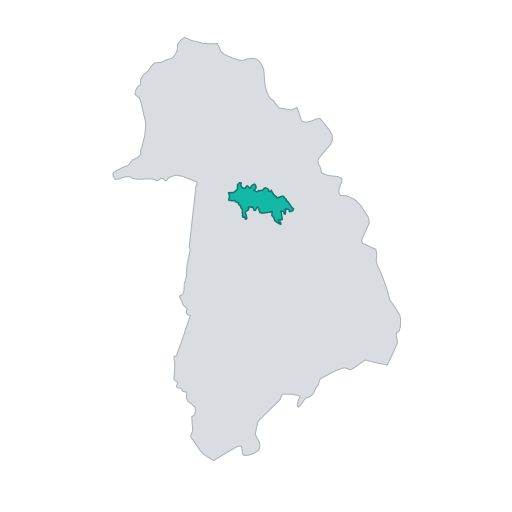 location of Sanguie, Sanguié, Burkina Faso, rotated 97°
{"feature_id": "67063806B51289395143870", "entity_name": "Sanguie", "entity_type": "district", "adm_level": 2, "iso_a3": "BFA", "parent_name": "Burkina Faso", "parent_adm1": "Sanguié", "projection": "albers", "projection_center": [-2.631, 12.224], "detail": "fine", "context": "in_parent", "style": "filled", "palette": "teal", "viewbox_px": 512, "rotation_deg": 97, "n_neighbors": 0, "source": "geoboundaries", "source_scale": "gbopen_adm2", "svg_char_len": 8547}
<svg xmlns="http://www.w3.org/2000/svg" viewBox="0 0 512 512"><g transform="rotate(97 256 256)"><path d="M386.7,322.6L373.2,323.3L368.2,324.8L365.3,324.9L365.1,323.6L364.8,322.9L347.6,318.9L335.6,316.6L323.4,313.9L322.7,316.5L321.0,318.2L318.4,318.3L316.5,317.9L315.3,319.9L313.3,322.5L310.5,323.9L307.8,325.5L306.2,326.9L305.1,327.0L302.3,323.6L298.6,323.3L291.6,323.9L288.5,323.0L284.3,322.6L274.3,323.4L258.2,322.1L255.6,322.8L254.9,323.4L239.0,323.6L221.6,323.8L206.9,324.0L194.2,324.1L194.1,323.6L190.0,323.5L189.6,324.6L185.9,338.0L185.5,345.3L187.5,349.8L189.6,352.7L192.1,353.9L192.3,355.5L190.4,357.6L190.5,359.8L192.8,362.0L193.4,364.3L192.2,366.7L192.5,372.6L194.2,381.9L194.2,388.0L192.6,390.7L193.4,395.4L196.5,402.1L197.1,404.9L196.0,406.2L193.3,407.9L190.7,407.9L187.6,403.9L186.2,402.0L183.7,398.0L181.6,393.8L178.7,392.0L175.9,390.4L172.5,385.2L169.2,382.7L165.6,383.4L160.5,382.4L150.2,381.1L139.1,381.4L134.5,382.6L130.0,384.4L118.4,388.6L113.8,390.6L110.4,395.8L106.4,395.7L102.5,394.0L100.1,391.6L94.8,392.1L89.8,389.7L84.9,385.1L81.3,383.6L76.7,380.3L75.5,374.0L72.6,369.6L70.0,363.5L66.0,360.7L61.4,359.3L55.1,359.5L50.9,357.0L47.7,353.4L48.6,350.3L50.1,346.0L50.3,341.7L51.4,334.9L50.9,326.3L49.8,320.3L53.3,317.9L57.4,315.7L59.9,311.7L62.6,302.6L63.8,294.7L63.0,291.8L61.7,289.4L60.7,286.0L60.1,281.9L60.9,278.3L63.9,274.9L67.8,272.2L70.5,270.9L77.7,269.5L86.7,267.5L91.9,265.2L95.7,262.9L97.8,261.0L100.0,257.2L103.5,254.2L106.2,251.3L106.6,242.9L106.7,238.2L104.7,235.5L103.6,233.3L116.9,226.8L117.1,222.2L115.2,217.1L112.7,212.9L111.7,209.3L115.4,205.2L118.7,202.0L121.1,199.3L126.3,195.3L131.7,194.2L136.6,195.8L151.1,205.5L153.6,206.1L156.7,205.4L160.5,202.9L165.5,200.9L167.3,194.4L167.2,185.0L168.3,180.6L170.9,179.8L179.2,181.7L181.4,181.8L183.8,181.2L185.6,179.5L185.5,176.5L185.1,173.7L187.9,165.0L192.8,158.4L202.8,150.1L205.9,148.4L209.6,147.6L227.5,153.2L230.4,151.8L234.8,137.8L239.6,136.4L245.4,136.2L249.2,134.9L251.2,133.9L259.7,128.6L274.7,121.2L282.7,118.1L284.3,116.9L290.0,111.7L297.7,105.8L302.5,104.5L309.3,104.1L313.5,105.0L314.7,106.7L316.1,107.5L324.9,104.9L337.5,108.8L348.5,112.6L347.8,115.1L347.8,119.5L347.0,126.5L345.9,134.9L350.5,140.2L356.0,146.0L357.5,148.2L356.1,154.0L357.1,157.3L360.1,162.9L365.0,170.0L370.1,177.2L373.6,178.1L376.9,178.7L378.9,180.0L381.8,181.2L384.8,182.0L387.3,183.6L389.0,185.1L391.1,189.6L396.8,192.5L400.8,195.4L399.2,196.9L394.3,196.4L389.7,195.1L389.1,197.3L389.0,205.6L389.8,212.5L390.9,213.4L395.6,214.6L406.8,223.4L417.0,231.7L420.4,233.9L426.0,234.6L432.2,234.9L434.9,234.0L440.8,229.7L444.0,229.1L447.0,229.2L448.6,229.9L451.6,233.3L454.4,238.5L455.2,242.4L455.0,244.5L454.1,245.3L449.1,246.4L447.0,247.2L446.5,248.3L447.3,250.9L448.3,252.6L453.9,260.1L461.9,270.2L464.3,272.8L463.0,275.9L459.2,283.9L456.3,287.3L443.3,298.9L436.8,297.6L423.3,300.2L421.2,297.6L418.0,297.3L414.1,297.8L412.7,298.8L412.3,299.9L410.9,301.5L408.5,306.0L406.5,307.2L404.1,307.9L401.2,307.9L399.5,308.5L399.5,310.7L399.0,312.7L397.0,313.7L396.2,315.8L396.4,318.0L395.2,319.0L392.7,318.5L391.1,317.9L389.7,320.7L388.0,322.6L386.7,322.6Z" fill="#d9dde1" stroke="#a8b0b8" stroke-width="1"/><path d="M196.7,290.9L197.4,290.7L198.2,290.2L199.7,289.6L200.0,289.5L201.5,289.7L201.9,289.7L203.5,289.9L203.8,289.8L203.9,289.6L204.0,288.8L204.0,287.9L204.0,287.4L204.1,286.7L204.0,286.2L203.8,285.7L203.9,285.1L203.8,284.9L203.4,284.1L203.3,283.8L203.4,283.7L203.7,283.5L204.4,283.2L204.6,283.1L204.8,282.6L204.8,282.2L204.9,281.0L205.1,280.0L205.3,279.7L205.5,279.8L205.9,279.9L206.1,280.0L206.4,279.9L206.7,279.6L207.0,279.3L207.2,279.0L207.5,278.5L208.2,277.6L208.5,277.3L209.7,276.9L210.3,276.5L210.7,276.2L210.8,276.0L211.0,275.5L211.4,275.1L211.6,275.0L212.2,274.9L213.7,275.0L214.0,275.0L214.3,274.9L216.7,274.3L217.3,274.4L217.5,274.3L217.9,274.3L218.2,274.0L218.9,273.9L219.1,273.8L219.0,273.4L219.0,273.2L218.9,272.9L218.7,272.3L218.7,272.1L218.8,272.0L219.0,271.8L219.9,271.4L220.4,271.3L220.5,271.2L220.8,271.0L220.8,270.9L220.8,270.7L220.2,269.9L219.9,269.7L219.2,269.9L218.1,270.2L216.6,270.8L214.2,271.9L213.9,271.9L213.7,271.9L213.3,271.7L212.5,270.9L211.7,269.9L211.6,269.7L211.4,269.4L211.2,269.4L210.9,269.6L210.7,269.5L210.5,269.3L210.0,268.9L209.9,268.9L209.7,269.0L209.0,269.3L208.8,269.5L208.5,269.4L208.4,269.2L208.1,268.8L207.7,268.5L207.8,268.1L208.0,267.7L208.3,266.9L208.3,266.5L208.2,266.3L208.1,266.0L207.8,265.5L207.7,265.2L207.8,265.1L208.6,264.7L209.1,264.4L210.6,263.6L210.8,263.4L210.9,263.1L210.8,262.4L210.8,262.2L210.7,262.1L208.1,261.3L207.5,261.0L207.4,260.9L207.4,260.1L207.5,259.9L208.0,259.6L210.5,258.4L210.9,258.1L212.4,257.4L212.5,257.1L212.5,256.3L212.7,255.4L212.6,254.6L212.0,252.2L211.6,250.9L211.3,249.6L210.9,248.0L210.7,247.4L210.6,247.1L210.5,246.7L210.3,246.6L209.9,246.2L210.0,245.3L211.9,245.3L212.3,245.3L212.5,245.3L213.0,245.3L213.4,245.3L213.6,245.3L213.9,245.1L214.6,244.2L215.9,243.0L216.5,242.6L217.1,242.3L218.1,242.0L218.5,241.8L218.6,241.6L220.1,239.1L220.7,237.8L220.8,237.4L220.9,237.2L221.1,237.1L221.2,236.9L221.1,236.7L221.1,236.4L221.4,236.0L221.4,235.8L221.5,235.4L221.4,235.2L221.2,235.2L220.4,235.4L219.4,235.9L219.3,236.0L219.3,236.3L219.4,236.8L219.5,237.3L219.3,237.6L218.8,237.7L218.0,238.0L217.8,238.0L217.6,237.7L217.4,237.3L217.3,237.2L217.2,236.6L217.2,236.3L217.3,236.1L217.1,235.8L217.0,235.5L216.8,234.8L216.5,234.4L212.2,235.6L208.4,236.6L208.4,236.4L208.4,235.7L208.3,235.0L208.4,233.7L208.7,233.7L209.0,233.7L210.0,233.6L210.3,233.4L210.7,233.1L210.8,232.8L210.9,232.2L209.5,232.0L208.9,232.1L207.9,232.2L207.4,232.2L207.1,232.2L206.9,232.3L206.6,232.3L206.4,232.4L206.2,232.4L206.1,232.6L205.6,231.7L205.6,231.1L205.7,230.1L205.8,229.3L205.8,229.2L206.0,229.0L207.5,228.3L207.9,228.1L207.3,226.5L207.0,226.1L206.9,225.5L206.4,225.0L206.0,224.8L205.5,224.8L205.2,224.6L204.9,224.5L204.7,224.5L204.5,224.9L204.1,225.2L204.0,225.5L203.9,225.9L203.7,226.1L200.0,229.3L199.8,229.6L199.6,229.7L199.2,230.1L199.0,230.4L198.6,230.7L198.1,231.0L197.9,231.3L197.8,231.5L197.7,231.9L197.7,232.3L197.6,232.5L197.4,232.5L197.1,232.5L196.7,232.7L196.7,232.8L196.1,232.9L196.1,233.0L195.8,233.3L195.8,233.6L195.6,233.9L195.3,234.2L195.1,234.4L194.9,234.5L194.5,234.9L194.2,235.2L194.0,235.4L193.7,235.9L193.3,236.7L193.3,236.8L193.6,237.6L194.2,238.9L194.7,239.9L195.4,241.2L195.7,242.0L195.8,242.3L195.0,242.9L194.4,243.4L194.2,243.7L194.1,243.9L194.1,244.1L194.2,244.5L194.1,244.8L193.5,245.2L193.2,245.7L192.9,246.0L192.8,245.9L192.5,246.2L190.7,247.7L189.1,248.9L189.4,249.0L189.7,249.0L190.0,249.2L190.1,249.3L190.4,250.1L190.4,250.4L190.5,250.6L190.4,250.9L190.4,251.0L190.3,251.4L190.2,251.5L189.9,251.6L189.5,251.4L189.4,251.3L189.0,251.4L188.9,251.7L188.3,252.2L188.0,252.5L187.9,252.6L187.8,252.9L187.5,253.5L187.5,253.9L187.2,255.0L187.3,255.4L187.5,255.7L187.7,256.0L188.0,256.2L188.3,256.2L188.5,256.5L188.8,256.6L189.1,256.8L189.5,257.2L189.6,257.3L190.0,257.7L190.1,258.1L190.3,258.4L190.3,258.7L190.4,258.8L190.4,259.0L190.4,259.3L190.5,259.5L190.7,260.1L190.8,260.2L190.8,260.3L190.7,261.0L190.8,261.4L190.8,261.5L191.2,261.6L191.6,261.9L192.1,262.8L192.1,263.2L192.0,263.6L191.8,264.1L191.7,264.3L191.5,264.7L191.4,265.9L191.2,266.2L190.8,266.3L190.3,265.8L190.3,265.7L190.2,265.6L190.0,265.4L189.9,265.2L189.4,264.7L189.1,264.5L188.3,264.3L188.0,264.2L187.9,264.2L187.6,264.3L187.3,264.5L186.5,264.7L186.3,264.8L185.8,265.2L185.6,265.4L185.1,265.7L185.0,265.8L184.9,266.3L184.9,266.5L185.0,266.7L185.3,266.9L185.4,267.1L185.7,267.3L185.9,267.8L186.0,268.2L186.2,268.4L186.5,268.5L186.8,268.8L187.0,268.9L187.3,269.0L187.6,269.0L187.8,269.2L188.3,269.3L188.8,269.6L188.7,269.7L188.8,269.8L189.0,270.0L189.1,270.3L189.2,270.5L189.1,271.1L188.9,271.3L188.3,271.9L187.6,272.7L187.5,273.0L187.5,273.3L187.6,273.7L188.0,274.0L188.6,274.1L189.0,274.5L189.3,274.7L189.6,274.8L190.1,275.3L190.4,275.8L190.4,276.0L190.5,276.4L190.4,276.6L189.8,277.4L189.7,277.6L189.6,278.3L189.3,278.7L189.1,278.9L188.6,279.1L188.3,279.2L187.8,279.5L187.3,279.7L186.9,279.8L186.2,279.6L185.5,279.6L185.4,279.7L185.2,279.8L185.2,280.4L185.3,281.2L185.4,281.4L185.7,281.6L186.2,281.9L187.0,282.6L187.7,283.0L187.9,283.0L188.1,283.0L188.4,282.9L188.7,283.0L189.5,282.8L189.7,282.7L189.9,282.7L190.2,282.7L190.8,282.7L191.2,282.5L191.5,282.5L191.8,282.6L192.2,282.8L192.7,283.2L192.9,283.5L193.3,283.7L193.7,284.1L193.9,284.2L194.8,285.1L195.4,285.6L195.8,286.2L195.9,286.9L195.9,287.1L196.2,289.0L196.3,289.5L196.4,290.3L196.4,290.6L196.5,290.8L196.7,290.9Z" fill="#14b8a6" stroke="#0f766e" stroke-width="1.5"/></g></svg>